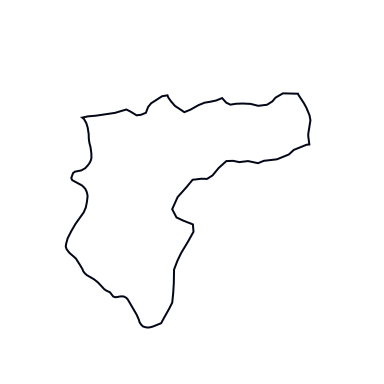 outline of Phungso, Ryanggang, North Korea, rotated 338°
{"feature_id": "82179303B38580271965004", "entity_name": "Phungso", "entity_type": "district", "adm_level": 2, "iso_a3": "PRK", "parent_name": "North Korea", "parent_adm1": "Ryanggang", "projection": "equal_earth", "projection_center": [127.952, 40.858], "detail": "fine", "context": "isolated", "style": "outline", "palette": "ink", "viewbox_px": 384, "rotation_deg": 338, "n_neighbors": 0, "source": "geoboundaries", "source_scale": "gbopen_adm2", "svg_char_len": 1856}
<svg xmlns="http://www.w3.org/2000/svg" viewBox="0 0 384 384"><g transform="rotate(338 192 192)"><path d="M327.1,140.6L318.6,136.9L313.3,134.6L304.8,135.8L300.5,138.1L294.2,139.2L285.7,136.9L279.4,132.3L272.0,128.9L265.6,126.6L260.3,125.4L257.2,122.0L255.1,116.2L248.7,116.2L242.4,115.1L237.1,113.9L230.7,113.9L221.2,115.1L218.0,115.1L214.8,115.1L211.7,110.5L208.5,105.9L206.5,100.1L205.4,95.5L205.5,93.2L200.2,92.0L193.8,93.2L187.4,94.4L183.2,96.7L178.9,101.3L173.6,101.3L169.3,100.1L165.1,94.4L162.0,90.9L150.3,89.8L140.8,87.5L131.3,85.2L123.9,82.9L118.1,81.9L119.2,83.9L119.8,88.6L119.4,93.2L117.9,99.6L116.3,103.9L115.3,107.9L114.7,112.4L113.2,118.3L111.5,122.8L110.0,124.8L107.9,126.7L105.9,128.0L101.8,130.0L97.4,130.5L91.1,129.3L88.8,129.9L85.3,133.8L85.3,134.4L85.4,136.2L92.5,144.8L93.6,147.3L94.3,149.4L94.4,152.3L94.1,154.9L93.5,157.0L91.0,161.6L87.8,166.5L84.0,170.3L72.2,177.8L65.6,182.9L59.3,188.4L55.8,193.0L54.5,195.3L54.3,198.0L55.5,202.4L59.4,210.1L60.7,217.1L61.5,222.2L61.5,224.8L62.1,227.0L63.3,229.6L68.5,236.3L70.9,240.6L74.3,249.4L75.9,251.7L78.3,254.1L79.8,259.4L81.8,261.0L86.9,262.1L89.6,263.3L91.5,265.6L92.2,267.6L94.7,284.9L94.9,290.3L94.6,293.2L95.1,295.7L96.2,298.3L98.4,300.1L100.4,301.2L102.8,301.8L105.5,302.1L114.2,302.1L118.2,298.8L126.8,291.9L132.2,287.2L136.5,279.1L140.9,269.9L146.3,257.2L152.8,250.2L159.2,244.4L170.0,236.3L178.5,229.4L180.7,222.4L173.4,215.5L168.1,209.8L167.2,200.5L176.8,191.3L188.6,185.5L197.1,180.9L205.6,183.2L210.9,185.5L217.3,184.3L225.8,179.7L235.4,176.2L241.8,178.5L247.0,182.0L255.5,184.3L264.0,190.0L270.3,190.0L274.6,191.2L283.0,193.5L289.4,193.5L295.8,193.5L302.2,191.1L306.4,191.1L309.6,191.1L312.8,191.1L316.0,191.1L318.6,191.9L320.7,183.8L321.6,181.6L328.7,169.8L329.7,164.8L329.6,156.6L329.0,151.6L327.1,142.0L327.1,140.6Z" fill="none" stroke="#020617" stroke-width="2"/></g></svg>